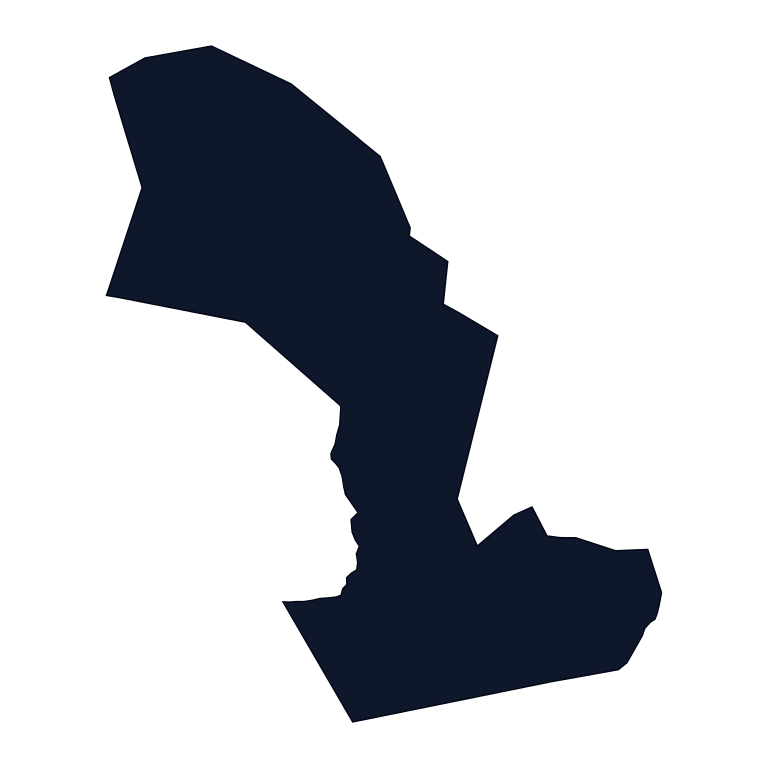 outline of Santa Cruz do Piauí, Piauí, Brazil
{"feature_id": "56859067B17419756399770", "entity_name": "Santa Cruz do Piauí", "entity_type": "district", "adm_level": 2, "iso_a3": "BRA", "parent_name": "Brazil", "parent_adm1": "Piauí", "projection": "mercator", "projection_center": [-41.758, -7.235], "detail": "fine", "context": "isolated", "style": "filled", "palette": "ink", "viewbox_px": 768, "rotation_deg": 0, "n_neighbors": 0, "source": "geoboundaries", "source_scale": "gbopen_adm2", "svg_char_len": 1039}
<svg xmlns="http://www.w3.org/2000/svg" viewBox="0 0 768 768"><path d="M532.0,507.0L513.8,515.2L477.3,546.1L457.1,499.0L497.7,335.8L459.6,313.2L443.2,304.2L447.7,261.6L409.2,236.0L410.1,227.8L385.1,168.2L380.1,156.5L360.5,140.6L356.6,137.2L291.1,84.0L211.4,46.1L145.0,58.0L109.5,77.6L114.0,94.3L142.2,187.6L113.7,273.9L110.9,282.5L106.5,295.4L118.1,297.3L245.5,322.2L340.9,406.0L339.8,424.7L336.8,435.1L335.3,443.8L331.0,453.5L331.5,459.1L335.8,463.5L339.2,467.7L342.2,476.4L343.9,487.2L345.5,494.5L358.2,512.7L351.1,519.6L351.7,526.8L352.2,532.1L355.5,540.3L359.4,546.1L356.4,553.9L357.7,562.2L356.8,569.8L351.4,573.2L346.7,577.6L346.9,584.5L342.8,588.7L341.1,595.2L336.1,597.1L327.5,598.0L319.9,598.5L313.0,600.2L304.1,601.6L296.4,601.6L290.0,602.1L283.0,601.9L352.7,721.9L550.0,681.9L618.4,669.6L626.9,662.7L642.4,635.4L644.7,628.4L650.2,622.2L654.9,619.2L657.1,613.5L658.8,606.7L661.5,592.7L647.7,549.5L637.2,549.9L615.6,550.8L575.8,537.8L560.3,537.7L547.0,536.0L532.0,507.0Z" fill="#0f172a" stroke="#020617" stroke-width="1.5"/></svg>